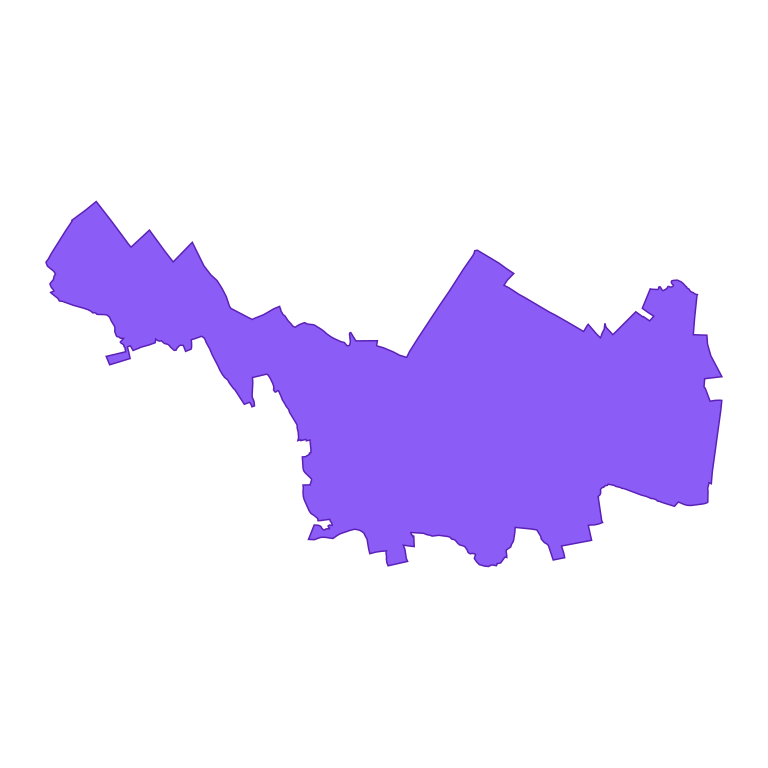 Baltati, Iasi, Romania
{"feature_id": "2599482B27793001120965", "entity_name": "Baltati", "entity_type": "district", "adm_level": 2, "iso_a3": "ROU", "parent_name": "Romania", "parent_adm1": "Iasi", "projection": "equal_earth", "projection_center": [27.116, 47.24], "detail": "fine", "context": "isolated", "style": "filled", "palette": "violet", "viewbox_px": 768, "rotation_deg": 0, "n_neighbors": 0, "source": "geoboundaries", "source_scale": "gbopen_adm2", "svg_char_len": 6096}
<svg xmlns="http://www.w3.org/2000/svg" viewBox="0 0 768 768"><path d="M674.5,506.3L678.3,502.0L684.5,504.6L687.4,505.3L690.8,505.5L702.5,504.0L705.3,503.4L707.1,502.7L707.8,502.1L708.0,491.0L707.7,488.2L708.8,484.0L708.9,482.7L711.3,483.7L712.3,472.0L720.8,410.2L721.8,400.4L719.5,400.2L714.9,400.4L710.1,401.2L705.3,388.4L704.0,386.8L704.7,378.7L721.9,376.7L710.8,355.7L707.5,344.0L706.9,335.2L693.3,334.7L694.7,317.2L697.0,295.4L697.4,294.6L695.3,294.1L692.9,292.5L691.3,291.9L690.2,291.1L689.1,289.2L687.1,288.0L686.5,286.8L685.9,286.5L683.2,283.5L681.1,281.8L677.3,280.1L673.4,280.4L671.7,280.9L671.3,282.0L671.5,283.0L672.3,284.1L673.1,284.8L673.4,285.2L673.4,285.7L672.6,286.5L671.0,287.3L668.8,286.4L667.9,286.6L666.8,288.6L663.3,290.6L662.4,290.4L660.6,287.5L660.2,286.9L659.6,286.8L659.0,286.9L658.7,287.5L658.7,288.6L658.0,289.3L657.0,289.5L651.2,289.2L650.3,288.8L642.3,308.3L647.8,312.3L653.8,316.2L649.6,320.9L643.4,316.6L643.0,317.0L635.8,311.8L612.9,334.7L606.1,327.4L604.9,323.3L604.2,329.3L602.1,333.2L600.8,337.3L600.4,337.8L596.2,333.6L588.2,324.3L587.3,325.4L583.6,331.5L569.1,323.0L555.3,315.1L549.4,312.1L523.8,297.0L519.2,294.5L509.1,287.9L504.0,285.3L507.3,280.2L513.8,273.5L506.0,268.3L498.9,263.1L477.3,250.2L474.8,250.7L474.0,253.5L472.8,255.7L463.2,269.5L449.1,291.5L439.3,305.8L418.4,337.5L409.5,351.6L406.8,357.2L406.0,357.2L399.5,355.2L393.3,351.9L383.5,347.8L377.0,345.9L376.6,345.3L377.4,340.7L356.2,340.9L355.5,340.3L350.8,332.6L349.9,332.8L349.4,334.6L349.9,336.1L349.8,337.1L350.3,341.2L350.1,343.4L349.5,345.2L349.0,345.6L347.7,345.7L346.8,345.5L344.4,342.6L343.8,342.3L342.0,342.0L340.3,341.4L333.8,338.4L330.8,336.7L326.7,333.8L324.1,331.4L321.0,329.1L314.5,325.1L313.1,324.7L307.7,324.1L306.1,323.5L305.2,322.8L304.4,322.7L299.5,324.5L296.7,326.2L295.3,327.3L292.6,326.0L291.2,324.0L288.0,320.6L284.9,315.9L283.1,314.7L280.7,310.4L280.6,308.9L280.0,307.9L279.6,306.4L273.8,308.8L263.6,314.7L253.9,318.6L252.4,319.5L248.3,317.5L230.9,308.4L229.5,306.3L226.3,296.7L222.1,288.5L217.1,280.6L210.9,274.9L204.0,266.0L192.3,242.3L173.2,261.9L165.2,251.7L149.4,230.1L131.1,247.1L129.1,244.9L111.6,221.3L96.2,201.5L85.5,210.2L71.8,220.3L72.1,220.9L72.1,221.1L65.6,230.8L51.7,252.9L48.1,259.4L46.1,261.9L46.2,263.1L47.5,266.2L53.2,270.8L54.3,272.0L55.5,274.5L54.3,275.7L53.3,279.7L50.0,283.6L50.1,284.5L51.3,287.4L53.5,290.0L53.8,290.7L53.8,291.2L50.6,292.4L51.3,293.2L58.0,298.5L59.4,301.0L61.9,301.2L73.3,305.3L82.9,308.0L87.3,309.4L90.5,310.9L92.9,312.9L94.5,312.7L95.7,313.0L96.6,314.1L97.6,314.4L103.9,314.6L106.2,314.8L107.5,315.3L108.4,316.3L109.4,316.9L111.4,321.2L114.7,326.6L114.9,327.8L114.8,331.7L116.3,335.8L117.1,336.6L118.7,336.9L120.4,338.2L123.5,338.4L120.3,342.0L120.5,342.5L121.2,343.2L123.5,344.6L124.1,346.7L125.0,347.6L125.2,349.0L125.1,349.5L125.6,350.6L125.3,351.5L125.5,351.8L106.2,356.4L109.7,364.8L130.1,358.5L128.7,351.9L127.6,347.8L127.6,346.8L130.4,345.8L133.1,350.5L139.3,348.0L140.3,347.4L149.2,344.9L155.2,342.7L155.7,339.0L157.7,340.6L159.7,341.1L161.3,340.7L163.8,343.0L165.4,343.8L167.2,344.1L168.8,345.0L170.9,347.5L174.1,350.3L174.6,350.4L176.1,350.1L177.0,348.2L179.3,345.7L180.3,345.3L182.0,345.2L183.4,345.6L185.6,351.4L191.0,349.2L191.4,348.4L191.6,346.9L191.6,343.5L191.3,339.7L194.8,338.7L201.5,336.3L203.6,337.5L204.9,339.1L206.2,342.5L209.7,348.8L212.1,354.6L218.2,366.4L219.9,370.2L222.8,375.1L223.9,376.3L224.3,377.2L227.7,379.9L229.2,382.8L232.9,387.8L235.1,390.1L244.3,404.3L249.5,402.3L250.6,403.6L252.0,406.8L254.5,405.9L254.0,401.3L252.3,397.3L252.1,395.7L252.8,382.7L252.5,377.5L266.9,374.1L268.4,375.4L270.3,378.5L272.8,383.7L273.7,386.4L273.8,388.6L273.5,389.4L273.8,390.4L275.2,392.1L275.9,391.9L277.9,390.6L278.6,390.9L281.1,396.5L282.2,399.5L285.4,404.8L286.0,406.1L288.3,409.0L289.0,410.3L289.2,411.5L289.8,412.8L297.0,424.7L297.2,426.5L297.1,427.6L298.2,432.2L298.6,437.7L297.8,440.6L300.6,439.8L300.8,440.6L305.9,439.4L306.4,440.8L310.0,440.0L310.9,449.3L310.9,452.7L309.4,453.1L309.4,454.0L309.2,454.5L305.4,456.7L302.3,456.9L303.1,468.5L303.6,470.4L304.1,471.4L305.3,472.9L311.4,478.9L311.6,479.9L310.0,484.9L303.0,485.0L303.3,487.9L303.0,491.5L303.3,496.2L303.9,498.8L304.9,501.3L309.1,510.7L311.0,513.5L314.0,515.4L317.7,518.5L318.0,520.7L320.5,520.6L329.8,519.3L330.1,520.8L331.2,522.3L332.2,524.4L332.1,525.5L329.5,525.0L328.2,525.8L328.2,526.7L329.5,528.0L329.4,528.8L326.2,528.8L324.6,530.0L323.8,529.9L321.8,528.4L321.3,527.0L320.0,525.9L317.9,525.2L314.2,525.0L308.5,539.4L314.3,539.7L320.3,537.5L321.5,537.3L325.1,537.3L332.9,538.5L337.3,535.4L340.1,533.8L350.6,530.2L354.9,529.2L359.2,530.1L361.6,531.3L364.0,533.2L364.9,535.3L367.0,539.0L368.7,549.1L369.8,553.7L375.9,552.1L381.4,551.3L386.5,550.9L386.0,552.9L386.6,557.3L386.3,558.6L386.9,562.8L388.1,565.8L407.6,561.4L406.3,558.4L404.9,549.3L403.3,545.2L414.2,546.6L413.8,536.5L413.2,536.8L412.8,536.7L412.9,535.5L411.7,535.0L410.7,532.9L410.8,532.5L423.5,533.3L427.3,534.8L429.6,535.1L432.2,536.1L438.9,535.3L447.7,536.5L449.7,537.0L451.7,539.1L453.6,539.4L455.2,540.2L457.9,543.4L459.5,544.8L463.2,545.9L464.7,546.5L467.2,550.0L467.8,552.0L469.3,553.4L470.5,553.8L472.2,553.4L474.6,553.8L475.6,554.4L474.3,558.5L476.8,562.0L479.3,564.6L484.5,566.1L488.6,566.5L491.6,564.9L496.4,565.7L496.9,564.7L496.9,563.7L500.7,562.9L504.9,557.1L506.8,557.5L506.7,555.3L506.2,551.5L506.2,550.1L510.8,546.9L511.3,544.8L513.2,541.6L513.7,539.7L514.8,532.7L515.2,527.4L531.2,529.0L536.8,529.9L540.7,536.3L541.0,537.6L541.1,538.8L543.6,541.8L545.0,543.0L546.7,543.9L547.6,544.6L548.6,546.1L553.2,560.0L564.7,557.7L563.7,552.9L561.5,546.0L591.6,540.3L588.3,525.4L590.6,525.0L594.4,524.9L598.6,524.0L602.6,522.5L601.7,520.7L598.3,497.8L598.5,497.6L598.0,496.7L598.2,496.3L599.6,495.3L600.5,493.7L600.7,492.4L600.5,492.0L600.7,490.8L600.4,489.8L600.6,489.3L601.9,487.8L602.8,487.3L603.5,487.4L605.2,485.7L607.5,485.3L608.1,484.2L613.9,485.3L615.9,486.4L620.5,487.5L621.7,488.3L624.1,488.6L641.4,495.1L646.6,496.5L651.2,498.5L653.3,498.7L655.5,499.4L657.8,501.2L659.1,501.3L663.8,503.0L674.5,506.3Z" fill="#8b5cf6" stroke="#5b21b6" stroke-width="1.5"/></svg>